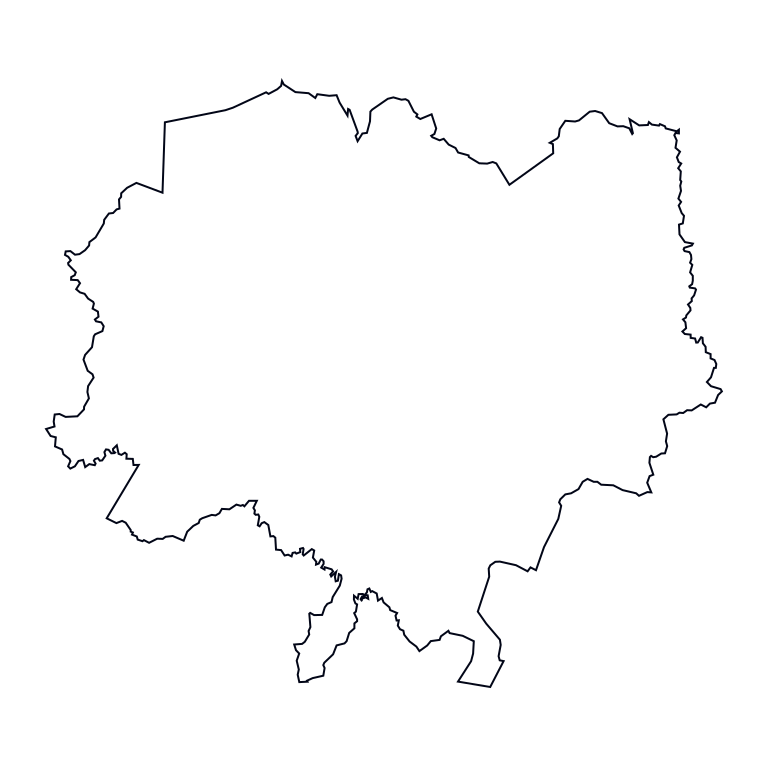 Atotonilco el Grande, Hidalgo, Mexico (Natural Earth projection)
{"feature_id": "50627088B60694242822101", "entity_name": "Atotonilco el Grande", "entity_type": "district", "adm_level": 2, "iso_a3": "MEX", "parent_name": "Mexico", "parent_adm1": "Hidalgo", "projection": "natural_earth1", "projection_center": [-98.662, 20.341], "detail": "fine", "context": "isolated", "style": "outline", "palette": "ink", "viewbox_px": 768, "rotation_deg": 0, "n_neighbors": 0, "source": "geoboundaries", "source_scale": "gbopen_adm2", "svg_char_len": 6041}
<svg xmlns="http://www.w3.org/2000/svg" viewBox="0 0 768 768"><path d="M106.7,518.3L116.4,523.1L122.1,520.9L125.7,522.7L130.7,530.0L130.7,531.6L132.9,532.5L132.0,534.6L136.8,536.5L137.7,539.6L142.5,541.2L143.9,540.1L149.1,542.8L157.2,538.7L162.7,538.9L165.6,536.8L172.7,536.0L183.7,540.7L187.2,531.7L193.3,525.9L198.7,523.0L199.8,519.7L202.3,518.2L211.7,514.9L215.6,515.4L219.4,513.2L221.9,508.9L229.4,509.3L236.4,504.6L240.7,505.8L242.9,505.0L244.4,506.3L249.0,500.8L256.8,500.8L253.4,507.9L254.9,510.4L254.4,513.6L255.7,514.8L258.3,514.5L259.3,516.8L257.8,525.3L259.6,526.3L261.7,523.2L264.3,522.1L268.3,525.0L270.4,536.4L273.4,536.1L275.3,537.7L276.0,549.6L281.1,550.1L284.6,555.5L288.1,554.7L291.6,556.4L292.6,552.9L295.2,552.4L296.3,553.6L300.3,552.1L300.0,548.8L303.0,548.0L303.6,549.0L302.7,554.3L303.7,555.5L311.8,549.1L314.2,550.5L312.9,557.6L316.3,561.8L316.0,564.6L318.7,563.6L320.8,559.5L322.0,559.5L323.6,561.3L323.6,563.9L321.2,567.6L324.5,569.5L324.7,567.2L331.6,569.3L333.1,571.4L330.3,574.5L331.2,576.4L336.1,571.9L334.9,576.7L335.7,581.3L337.9,580.7L338.9,574.2L341.1,575.4L341.6,578.7L339.8,585.6L332.7,597.1L331.5,602.1L327.3,603.9L324.8,607.3L322.2,614.9L314.1,615.1L310.2,612.9L309.3,613.7L310.4,627.1L308.6,631.0L309.2,634.5L304.8,641.8L302.1,643.9L294.2,644.5L296.0,650.2L299.2,653.5L296.7,660.7L298.8,669.5L297.7,674.7L299.3,682.1L307.5,681.7L307.0,680.7L312.7,678.1L323.3,675.7L324.6,668.0L323.3,665.1L324.3,662.7L333.1,654.3L336.6,645.4L344.5,643.4L346.6,641.2L349.2,632.9L354.4,628.3L354.4,623.4L357.1,621.2L357.1,619.3L354.2,613.1L355.9,611.6L357.1,604.4L355.4,603.4L353.9,599.5L354.0,595.7L357.7,598.8L358.6,594.1L362.9,594.0L364.7,596.7L362.1,596.5L360.6,599.1L362.1,601.3L361.4,600.1L362.6,598.4L365.6,597.4L368.2,598.8L367.7,595.3L364.6,594.9L366.9,592.4L367.5,589.3L369.3,588.5L370.8,591.9L372.2,591.1L376.7,593.5L378.0,600.6L381.9,598.0L383.6,602.4L389.4,607.3L390.2,610.1L397.1,613.0L395.5,615.7L396.6,620.5L398.8,620.3L397.8,625.6L400.0,629.2L403.4,630.7L404.2,634.7L409.6,641.5L416.4,646.6L419.4,651.1L427.2,645.5L430.8,641.1L439.6,639.9L440.9,636.3L448.4,630.8L449.6,633.1L462.7,635.8L473.8,641.2L473.1,653.6L471.1,661.2L458.0,681.6L490.2,687.0L503.6,661.1L499.7,660.3L498.6,656.2L500.7,644.9L499.9,639.7L486.2,623.6L477.8,611.6L489.2,576.7L488.7,568.6L490.3,565.3L495.3,561.8L499.9,561.6L516.0,565.2L527.6,571.3L530.5,567.4L536.0,570.2L544.0,547.1L558.3,518.9L561.2,505.8L559.1,502.4L560.3,499.3L565.3,494.4L571.1,493.3L578.5,489.1L582.7,481.8L587.5,478.9L593.7,481.8L597.4,481.8L601.2,484.7L613.3,485.3L622.6,490.1L636.2,493.3L639.0,495.8L647.3,492.1L651.3,492.4L647.2,482.7L649.6,476.1L653.3,474.7L649.4,462.8L649.9,457.1L651.1,455.9L653.2,457.2L656.2,456.7L661.3,453.5L665.0,453.3L667.2,446.1L665.9,441.3L667.1,433.6L663.4,419.3L668.4,414.8L676.7,414.4L679.4,412.7L683.2,413.0L687.1,410.2L691.7,410.4L700.8,404.5L706.2,407.3L709.9,403.6L715.0,402.7L718.1,395.0L721.9,391.4L720.6,389.1L711.0,386.2L706.9,382.0L711.0,377.3L714.0,367.9L715.8,367.9L716.3,364.0L714.5,360.0L710.6,358.4L710.6,354.1L705.8,352.2L705.6,346.8L702.9,343.3L702.5,337.8L701.1,337.2L697.8,342.5L696.2,342.6L695.1,338.5L690.7,337.9L690.6,334.6L684.8,334.0L682.4,331.5L686.1,328.2L685.4,322.3L683.0,319.4L686.0,317.5L686.3,315.4L690.5,310.4L690.3,307.9L688.0,304.5L691.8,301.1L691.6,298.4L694.1,295.4L696.0,289.6L695.1,288.4L689.8,287.6L689.3,286.3L692.1,284.2L692.8,280.7L692.8,275.8L690.1,272.4L692.3,264.9L690.1,262.7L691.4,259.1L691.0,255.0L689.4,252.1L684.6,251.1L683.6,249.4L684.3,247.8L691.9,245.4L692.9,243.6L684.9,242.1L679.5,234.4L679.0,224.6L682.8,223.4L684.0,215.8L681.7,213.1L678.7,205.5L681.1,201.9L678.4,198.6L681.0,190.9L680.2,185.7L681.3,181.5L680.2,180.0L680.8,171.4L678.2,168.2L681.2,163.5L678.7,162.0L676.9,157.3L680.0,151.7L675.5,147.8L676.7,140.4L674.3,135.2L675.5,133.0L678.9,133.4L678.9,129.7L676.8,131.3L665.7,128.4L665.0,126.3L659.9,124.1L659.0,125.6L651.9,124.6L648.9,122.1L647.9,125.0L639.2,125.4L629.6,119.2L632.9,133.2L632.2,134.0L629.3,128.3L623.3,126.2L617.5,126.4L609.2,123.2L602.0,113.1L595.1,111.0L589.7,111.7L579.0,120.4L575.1,121.5L565.3,120.8L559.7,129.0L558.8,136.3L557.3,138.4L549.8,142.8L552.9,144.1L553.2,153.3L509.4,184.8L496.3,163.4L492.7,162.0L487.2,163.6L479.3,163.3L468.8,157.0L468.6,155.4L458.1,152.5L455.5,148.0L448.7,144.6L443.7,138.8L439.6,140.3L432.3,137.2L431.2,135.8L434.4,134.0L436.2,128.5L431.6,114.3L420.3,119.0L416.3,116.6L417.4,114.4L413.9,111.7L408.4,100.8L405.5,99.2L401.5,99.7L393.4,97.4L387.8,98.8L372.2,109.6L370.4,111.6L370.0,121.3L366.9,132.9L362.4,133.5L357.6,141.2L355.6,135.9L357.8,133.1L357.6,131.6L349.6,109.8L348.1,109.0L347.5,115.6L339.6,102.6L336.6,95.2L329.2,95.8L317.3,94.2L315.3,98.0L308.6,93.2L295.4,92.1L283.8,84.5L282.0,81.0L281.1,85.9L277.2,89.3L268.6,93.9L266.1,92.3L232.9,107.7L225.4,110.2L164.9,122.3L162.5,192.7L136.4,182.9L127.1,187.8L121.2,193.3L121.1,196.9L119.0,199.4L119.5,208.6L116.6,209.4L113.1,213.0L108.9,213.5L104.2,219.8L103.8,223.5L95.6,237.4L89.4,242.1L89.1,245.5L85.1,250.2L79.5,254.1L75.0,254.7L70.4,251.1L65.7,251.4L65.0,254.9L68.3,256.8L70.8,260.3L68.1,263.0L68.4,264.7L75.8,272.3L74.7,275.2L71.2,277.1L71.1,279.8L77.7,280.1L80.0,283.2L76.2,289.2L80.0,292.4L84.6,293.8L88.1,298.6L93.2,301.9L93.9,303.6L92.6,308.6L97.9,311.6L98.5,316.7L94.9,319.5L96.0,321.3L101.3,322.4L103.7,326.2L102.4,331.1L95.1,334.3L93.8,336.3L92.0,347.2L85.1,354.9L83.5,359.6L87.7,370.8L92.5,374.3L93.6,377.6L88.1,386.1L87.4,392.0L88.9,398.4L84.1,406.7L84.0,409.4L77.4,416.3L65.6,416.9L59.5,414.0L54.7,414.5L53.7,421.6L54.5,426.5L46.1,429.0L50.6,436.0L55.8,437.3L55.0,446.4L62.1,449.5L63.4,454.2L69.4,458.9L70.4,461.1L68.1,466.3L70.3,468.6L74.9,466.3L78.5,461.0L83.1,459.9L85.2,467.1L89.3,464.1L94.8,465.2L95.6,463.6L93.9,460.7L95.0,459.1L97.9,458.1L99.8,460.7L102.2,460.4L105.4,455.7L104.4,452.1L106.0,449.4L108.6,449.8L111.3,453.3L114.3,453.1L115.1,452.6L113.1,450.8L113.0,449.0L116.8,445.3L118.6,453.8L121.4,454.9L124.9,452.7L126.7,454.2L126.4,458.7L132.8,458.9L133.5,465.0L138.7,464.9L106.7,518.3Z" fill="none" stroke="#020617" stroke-width="2"/></svg>